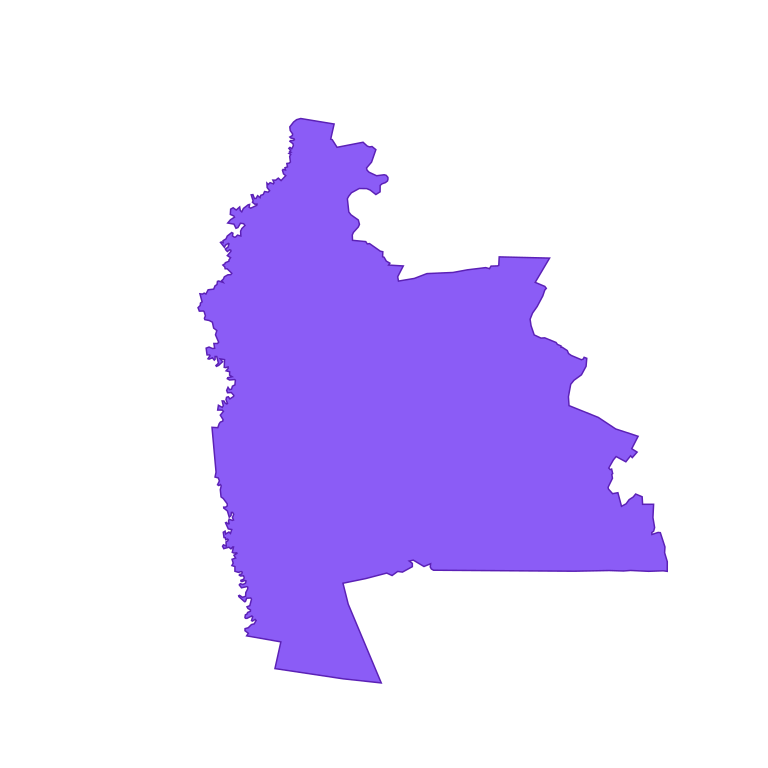 outline of Bocsig, Arad, Romania, rotated 249°
{"feature_id": "2599482B20557831066636", "entity_name": "Bocsig", "entity_type": "district", "adm_level": 2, "iso_a3": "ROU", "parent_name": "Romania", "parent_adm1": "Arad", "projection": "mercator", "projection_center": [21.993, 46.42], "detail": "fine", "context": "isolated", "style": "filled", "palette": "violet", "viewbox_px": 768, "rotation_deg": 249, "n_neighbors": 0, "source": "geoboundaries", "source_scale": "gbopen_adm2", "svg_char_len": 6171}
<svg xmlns="http://www.w3.org/2000/svg" viewBox="0 0 768 768"><g transform="rotate(249 384 384)"><path d="M415.1,569.8L417.5,569.1L424.7,561.6L442.2,583.7L461.4,537.1L453.7,533.7L453.5,532.5L455.7,526.2L453.9,523.8L456.2,520.7L460.7,502.8L463.4,488.4L471.7,463.6L471.7,450.2L474.9,434.4L479.2,435.2L487.3,444.3L493.4,430.9L494.7,432.8L497.9,430.2L502.3,429.5L503.3,428.3L507.9,430.3L509.3,428.2L520.3,420.8L520.8,418.6L523.5,418.0L529.4,406.1L534.5,407.8L536.5,409.8L539.8,416.3L541.8,418.3L546.3,418.8L553.8,413.8L557.2,412.8L570.1,416.2L571.9,418.3L574.2,422.1L575.4,430.9L572.6,437.9L569.9,440.7L563.8,444.3L564.8,449.2L570.8,451.6L571.6,454.0L571.5,457.5L572.3,460.0L573.8,461.1L575.5,461.7L578.1,460.8L579.3,459.1L581.1,451.7L587.0,446.0L589.7,444.8L591.9,445.1L595.6,451.9L605.7,460.4L610.0,457.9L610.5,455.6L612.0,453.7L617.2,451.1L621.8,425.0L630.7,423.2L631.7,422.0L644.6,430.6L661.7,401.4L662.1,397.1L661.0,393.5L657.8,388.2L654.2,387.3L650.2,388.3L648.8,387.5L648.3,384.6L647.0,385.2L645.2,387.9L644.2,387.9L643.9,386.6L644.8,383.8L644.3,383.1L641.0,385.1L639.0,384.8L636.7,382.2L638.6,381.0L638.1,379.6L635.5,380.5L634.7,379.2L633.7,380.2L633.4,377.9L631.7,379.2L630.3,377.5L624.8,376.2L624.2,374.7L624.7,372.3L621.3,371.7L621.4,369.0L619.1,368.7L620.5,366.7L620.0,365.8L616.2,365.5L613.7,366.9L610.8,360.8L614.1,359.1L613.1,355.9L614.2,353.3L611.4,353.5L610.5,352.5L612.8,349.8L611.8,347.5L613.5,346.7L609.2,345.3L605.4,346.5L604.6,344.6L606.5,341.5L604.2,339.2L604.3,336.5L602.4,335.1L605.1,333.5L603.1,331.0L603.6,329.5L607.8,329.5L608.2,327.8L601.8,327.4L600.8,326.3L598.2,327.8L597.4,329.9L596.4,329.2L595.9,322.5L597.4,321.4L599.8,322.9L600.0,321.4L598.3,315.7L595.7,312.9L597.4,312.0L601.0,312.7L599.4,308.4L602.6,306.3L602.2,303.5L597.4,301.3L594.7,304.0L593.3,304.2L592.4,299.6L590.3,295.8L587.0,301.2L582.4,301.6L582.4,303.7L585.5,307.6L584.0,310.4L581.8,311.0L580.1,307.0L578.1,304.9L573.5,303.4L575.5,300.6L574.4,298.1L574.7,296.9L576.6,295.6L578.9,297.0L580.0,296.1L578.3,290.7L576.1,288.5L575.5,285.1L573.6,284.5L574.9,283.1L574.8,282.1L568.7,284.0L570.4,285.7L571.1,289.0L570.4,289.5L567.7,287.5L567.0,284.7L566.3,284.2L563.8,285.2L564.6,288.1L563.7,289.0L562.7,288.6L560.0,283.7L556.9,286.0L555.4,283.7L554.2,283.2L554.1,279.3L553.3,278.7L552.8,276.2L550.4,277.3L548.5,277.0L547.7,278.9L541.9,281.6L541.0,280.1L541.9,277.4L541.3,273.4L539.4,271.5L538.7,269.5L536.5,270.2L539.4,266.6L539.5,265.3L536.7,263.7L536.2,261.4L533.6,259.0L535.0,253.6L531.8,250.0L533.3,248.7L533.0,246.7L534.2,244.5L525.9,243.6L525.3,241.6L523.2,240.6L521.9,237.7L518.2,237.7L516.9,241.5L516.1,242.0L511.6,241.7L509.8,239.9L508.3,239.8L505.9,243.6L503.2,245.9L497.2,245.0L493.8,247.1L490.3,244.3L482.3,244.6L481.5,243.1L482.8,239.7L478.0,238.7L478.6,236.6L481.2,233.9L481.2,230.8L474.6,229.2L473.6,231.6L472.8,231.7L470.7,228.7L469.9,229.6L469.9,233.2L467.1,234.1L467.5,235.1L470.2,236.2L469.6,237.7L462.8,236.9L461.5,233.7L460.5,233.9L460.6,236.2L462.6,241.3L466.2,240.1L463.9,243.9L456.8,240.8L456.0,242.1L455.8,244.6L454.5,244.3L452.9,241.3L450.7,244.3L447.6,243.0L445.2,244.8L445.9,240.4L445.1,239.6L443.1,241.2L441.7,246.1L440.8,246.6L436.6,244.5L436.3,241.7L433.8,239.8L434.1,237.8L436.8,237.2L434.4,234.8L431.9,234.8L430.7,238.4L427.2,239.7L426.3,239.1L425.3,234.8L427.9,234.1L428.0,232.2L426.1,230.9L421.9,230.9L421.7,230.1L423.0,228.9L425.5,228.5L426.2,226.8L421.4,226.2L420.1,224.6L423.5,221.8L419.3,219.4L417.6,223.6L416.0,224.3L413.6,220.0L408.5,221.0L407.1,220.1L407.1,217.6L406.0,215.9L402.8,213.2L405.2,207.9L361.9,195.6L357.7,192.9L355.7,195.6L352.5,195.6L349.6,192.5L348.4,193.4L348.7,195.3L347.2,195.5L344.0,193.3L337.0,191.4L334.7,192.9L328.3,194.7L326.4,194.0L325.8,192.1L326.5,190.2L325.6,189.9L321.6,192.3L315.1,191.8L315.9,194.0L318.8,195.5L318.4,196.6L316.3,197.0L313.5,194.6L311.0,194.8L311.0,193.5L313.3,191.0L311.8,189.7L309.1,189.3L309.3,188.3L311.3,187.2L311.2,186.3L304.5,186.7L302.7,189.7L299.5,187.1L301.4,186.2L300.7,182.5L303.6,182.9L303.2,180.8L298.0,179.6L297.3,180.8L295.4,180.4L295.3,182.4L294.5,182.8L293.6,182.0L293.2,179.9L289.3,178.7L291.4,176.5L290.4,175.1L287.7,175.4L287.2,180.7L284.9,182.0L286.1,184.3L285.8,185.1L281.2,182.0L279.9,183.4L279.2,186.0L278.5,186.0L277.9,182.5L274.7,183.1L274.8,179.3L270.8,179.0L269.0,176.9L267.0,179.4L262.6,177.7L260.3,180.6L260.1,183.4L259.1,184.2L257.6,183.1L258.0,181.0L257.5,180.4L256.2,181.2L255.3,184.1L253.3,184.1L252.1,183.1L252.0,180.0L251.1,179.8L250.4,180.5L250.4,183.7L249.6,184.6L247.7,183.4L247.4,180.4L249.1,178.3L248.3,176.9L244.8,177.9L244.0,183.3L243.2,184.0L241.6,183.4L238.8,180.2L235.4,178.7L235.6,175.5L238.5,173.4L238.4,172.4L237.5,172.3L230.7,175.8L230.6,176.7L233.2,179.0L232.0,182.9L230.6,183.2L225.2,179.3L225.1,176.2L223.2,176.5L220.9,178.4L219.7,177.8L219.6,174.9L218.2,173.3L218.2,171.9L215.9,170.5L214.9,170.7L214.3,172.1L214.8,177.5L213.8,178.0L210.6,175.5L209.8,176.2L210.4,179.3L209.1,179.9L206.6,176.9L206.9,174.0L205.1,169.9L205.4,166.6L203.5,165.8L199.9,168.0L198.1,165.5L180.2,195.3L157.4,180.2L123.4,240.2L105.9,274.3L191.3,271.7L212.7,274.3L208.9,297.2L206.5,318.8L202.3,322.9L204.1,329.6L201.8,333.8L203.3,345.0L206.4,346.2L209.7,344.1L209.1,348.2L199.3,355.9L199.5,363.1L196.6,361.6L194.3,361.9L192.4,363.5L141.1,494.4L129.2,527.3L123.6,540.6L121.6,547.3L114.3,563.9L109.6,577.6L107.6,581.3L116.6,584.8L125.9,585.5L131.2,587.9L146.2,588.7L147.2,586.7L147.5,580.2L149.4,580.8L150.0,583.0L153.0,585.2L162.9,587.2L175.1,592.6L179.0,582.3L186.2,584.6L191.1,579.5L189.2,576.2L188.2,571.4L185.4,567.1L184.7,561.9L198.7,563.4L199.7,558.1L205.5,555.9L207.3,556.2L214.1,563.5L218.0,564.3L218.4,565.4L223.0,566.0L223.0,564.5L225.0,563.7L230.9,570.9L233.1,574.7L224.7,581.9L228.6,588.5L226.3,589.4L229.7,595.9L234.8,592.1L244.1,602.5L259.0,584.2L276.0,572.1L297.5,549.0L306.0,551.6L316.8,558.2L319.4,562.7L321.8,571.6L328.1,579.0L335.3,582.5L337.2,580.4L335.9,579.0L335.9,577.0L343.5,569.1L346.3,567.2L349.5,567.1L354.5,563.5L354.8,562.4L356.1,562.9L358.8,560.1L361.1,559.5L369.5,550.6L370.6,547.0L376.0,541.8L385.8,542.2L392.1,543.6L397.0,548.1L401.4,554.7L409.3,563.8L414.0,567.7L415.1,569.8Z" fill="#8b5cf6" stroke="#5b21b6" stroke-width="1.5"/></g></svg>